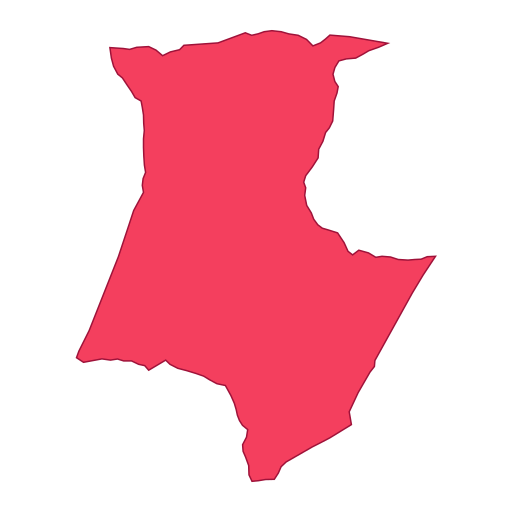 Irará, Bahia, Brazil (Mercator projection)
{"feature_id": "56859067B61653913557352", "entity_name": "Irará", "entity_type": "district", "adm_level": 2, "iso_a3": "BRA", "parent_name": "Brazil", "parent_adm1": "Bahia", "projection": "mercator", "projection_center": [-38.751, -12.053], "detail": "fine", "context": "isolated", "style": "filled", "palette": "rose", "viewbox_px": 512, "rotation_deg": 0, "n_neighbors": 0, "source": "geoboundaries", "source_scale": "gbopen_adm2", "svg_char_len": 1858}
<svg xmlns="http://www.w3.org/2000/svg" viewBox="0 0 512 512"><path d="M109.9,47.6L111.4,58.1L113.6,66.3L117.8,74.2L122.4,77.9L126.7,84.4L131.5,91.4L135.1,97.6L141.1,101.0L142.3,107.3L143.5,115.0L143.7,123.2L144.3,130.5L143.5,138.8L143.5,147.5L143.8,155.7L144.4,165.1L145.6,172.4L143.1,178.6L142.3,185.4L143.5,192.4L133.7,210.5L128.7,225.7L118.4,256.7L89.2,330.5L78.9,351.1L76.5,357.7L83.5,362.3L101.9,358.9L110.5,360.1L117.5,359.0L123.6,360.9L131.5,360.9L138.6,364.3L144.7,365.6L148.7,370.2L165.7,360.1L170.0,364.3L177.8,368.3L186.6,370.6L195.8,373.4L203.6,376.1L209.8,379.9L216.9,383.7L225.4,385.5L230.9,395.5L234.3,403.2L236.2,409.6L237.4,415.2L239.5,420.6L242.5,425.3L247.7,429.6L246.5,437.2L242.6,444.7L243.1,451.3L245.6,457.1L248.7,465.6L249.0,474.9L252.0,481.3L258.4,480.7L265.5,479.5L274.3,479.3L278.3,473.1L281.1,466.7L286.2,461.9L312.3,446.9L319.8,443.1L329.9,437.8L351.4,424.6L349.2,411.8L358.1,392.7L370.0,372.1L374.4,366.5L374.9,360.5L412.3,293.0L423.0,275.2L435.5,256.3L427.2,256.7L421.1,259.2L414.8,259.5L408.0,260.1L398.2,259.5L390.5,257.0L382.0,256.3L375.8,257.3L368.5,252.9L358.8,250.2L352.6,254.9L348.0,251.3L344.1,242.7L337.6,232.9L328.1,229.9L322.3,228.2L317.8,224.8L313.7,219.2L311.3,212.9L306.7,205.4L304.7,195.4L305.7,187.8L303.7,182.2L305.7,175.7L312.3,166.9L318.1,157.9L318.7,149.2L322.9,141.3L325.6,132.5L329.3,127.9L332.7,121.0L333.6,109.8L334.2,101.0L337.0,93.0L338.2,86.6L334.8,81.4L333.0,74.2L334.9,67.5L338.9,60.9L346.3,58.9L355.7,58.1L363.1,54.1L368.8,50.7L378.5,47.3L387.7,43.3L349.6,36.7L329.9,35.1L325.4,39.1L320.5,42.9L312.9,45.9L306.5,39.4L298.2,35.3L288.9,33.9L281.1,31.7L271.9,30.7L264.2,31.7L258.2,33.8L251.7,35.3L245.3,32.8L218.0,42.9L183.9,45.3L179.6,49.7L170.4,51.9L162.6,55.7L156.0,50.1L148.7,46.6L136.7,47.3L129.6,49.4L123.2,48.5L117.1,48.1L109.9,47.6Z" fill="#f43f5e" stroke="#9f1239" stroke-width="1.5"/></svg>